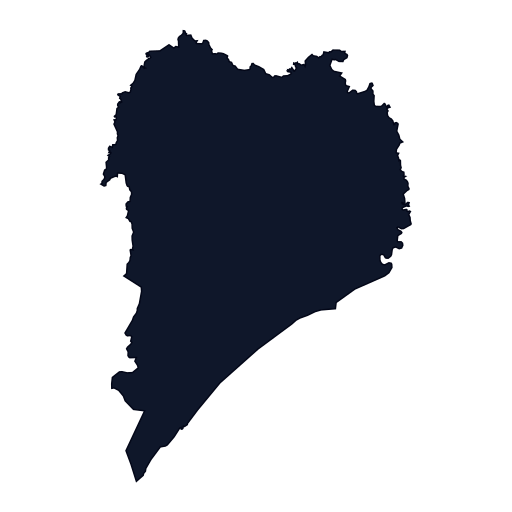 the district of Dat Do, Bà Rịa - Vũng Tàu, Vietnam
{"feature_id": "81297802B14105634475822", "entity_name": "Dat Do", "entity_type": "district", "adm_level": 2, "iso_a3": "VNM", "parent_name": "Vietnam", "parent_adm1": "Bà Rịa - Vũng Tàu", "projection": "orthographic", "projection_center": [107.299, 10.478], "detail": "fine", "context": "isolated", "style": "filled", "palette": "ink", "viewbox_px": 512, "rotation_deg": 0, "n_neighbors": 0, "source": "geoboundaries", "source_scale": "gbopen_adm2", "svg_char_len": 5931}
<svg xmlns="http://www.w3.org/2000/svg" viewBox="0 0 512 512"><path d="M100.9,184.1L104.1,186.0L105.8,185.5L106.1,182.4L109.7,179.8L110.4,178.3L114.5,176.5L116.2,176.1L117.3,176.6L117.5,173.3L118.0,173.0L122.2,173.3L125.2,174.8L126.2,182.9L127.1,185.6L127.7,186.3L129.2,186.7L129.8,189.8L131.5,191.8L131.6,194.4L130.3,197.4L130.1,201.4L127.9,201.9L126.1,204.0L126.2,206.1L127.3,206.6L126.4,208.1L126.6,209.3L128.3,210.4L128.5,211.0L127.4,215.8L126.2,217.6L128.4,218.6L130.0,221.4L131.2,221.6L132.1,224.2L132.2,228.3L133.7,232.1L132.1,236.0L132.2,240.2L133.1,246.2L132.5,248.7L133.0,249.9L130.5,249.6L130.2,250.1L131.1,255.6L130.3,257.4L130.0,260.5L128.9,262.5L127.2,264.2L126.6,273.6L123.9,276.0L141.3,287.1L141.6,291.4L139.4,303.7L137.3,308.5L137.3,310.5L136.4,313.2L133.6,316.9L132.4,320.4L125.0,333.0L126.2,335.1L127.4,335.8L130.4,335.5L131.8,336.7L130.7,341.2L131.9,342.3L130.8,344.2L127.5,347.2L126.6,348.8L128.2,351.8L128.0,355.6L128.8,357.0L129.8,357.7L136.4,357.5L134.9,361.2L137.5,365.2L138.3,367.8L132.5,372.6L127.2,372.9L121.9,371.7L119.4,371.9L112.4,377.4L111.7,383.8L111.8,388.3L114.1,387.9L118.7,390.3L123.4,396.0L125.2,400.8L133.5,409.4L144.7,410.8L126.0,450.7L131.0,464.1L136.4,481.3L143.2,475.3L143.6,473.4L145.4,471.2L145.8,468.4L151.0,459.4L160.3,446.9L165.4,446.0L167.3,444.9L174.1,436.8L179.6,428.2L181.1,427.5L181.1,429.0L181.9,429.2L182.8,428.5L183.4,426.1L184.5,426.5L187.3,424.6L187.4,423.5L197.6,409.9L220.0,382.8L258.0,349.0L292.0,323.8L296.0,320.2L300.0,318.0L307.5,315.3L315.1,311.6L321.0,309.9L335.4,308.7L336.1,302.5L354.9,289.0L384.8,275.8L388.9,272.7L391.9,267.5L391.7,264.2L391.1,263.2L388.9,262.8L384.8,264.9L382.5,264.4L380.7,262.3L379.9,260.0L379.8,255.8L380.8,254.5L382.5,254.4L383.8,254.9L385.3,257.6L386.1,258.1L388.2,258.2L390.7,256.2L391.5,254.6L392.2,249.4L393.2,247.7L395.8,247.0L399.2,248.7L401.6,248.0L402.8,245.3L402.5,243.2L401.1,241.8L397.7,241.8L397.2,240.5L397.8,235.6L401.4,233.4L401.8,232.4L400.8,231.2L397.9,229.7L396.9,227.7L398.1,226.9L401.4,228.7L403.5,228.6L410.8,224.5L411.1,223.8L410.2,220.6L410.0,217.4L408.7,214.6L410.4,211.5L409.5,211.0L407.7,211.6L407.1,211.2L406.8,209.6L406.3,209.4L403.3,210.0L402.1,209.4L402.2,207.9L403.8,207.0L406.5,205.9L408.3,206.4L409.2,206.2L408.5,204.7L409.1,202.7L407.8,202.4L405.4,204.4L403.9,204.6L402.5,204.1L401.6,202.9L401.9,202.4L404.1,203.2L404.9,202.7L404.6,198.5L403.2,194.1L407.0,190.5L408.8,189.5L409.0,188.7L407.8,186.2L408.0,183.4L407.6,182.1L406.4,180.3L403.8,178.9L404.1,177.2L405.4,176.4L403.3,175.9L404.0,174.5L403.8,172.2L401.7,171.4L400.2,169.7L401.1,167.7L400.5,165.2L400.4,160.6L399.8,160.0L398.9,160.6L398.5,158.0L397.5,155.5L398.6,153.3L396.3,152.9L396.1,152.3L396.5,149.2L399.3,144.8L399.7,143.2L402.7,141.9L399.8,139.2L398.8,135.1L396.7,131.2L398.1,124.1L397.7,123.4L396.3,122.6L395.0,122.9L394.7,124.5L393.8,124.7L392.8,120.9L391.3,119.0L389.1,117.8L387.6,115.7L387.1,112.6L388.0,110.9L386.8,109.1L388.0,107.8L390.0,107.2L388.8,105.1L387.7,105.5L387.5,107.1L386.8,107.3L384.7,103.6L384.2,103.5L381.8,106.0L380.7,106.5L375.6,106.4L374.3,105.2L373.8,101.3L374.1,95.6L372.9,94.2L372.9,91.0L371.0,88.7L371.1,87.3L373.0,85.5L372.2,83.3L371.5,83.1L370.0,83.6L368.9,86.8L367.0,90.3L365.1,91.4L357.5,93.8L356.7,93.2L356.4,91.7L355.1,90.4L352.7,90.2L349.3,92.8L348.2,92.9L347.4,92.4L347.4,91.0L349.3,86.6L345.8,85.6L345.2,83.1L345.6,80.9L345.3,79.5L339.6,76.0L341.7,73.0L333.8,71.3L331.7,69.5L329.8,65.4L332.1,59.2L334.2,59.8L335.7,59.5L339.0,61.4L342.9,61.5L343.7,59.6L346.9,57.7L347.5,55.6L347.0,54.5L345.2,53.6L344.7,52.8L345.0,51.4L341.2,51.5L339.6,50.2L332.9,50.1L331.1,51.8L329.4,51.8L329.0,52.8L323.9,51.9L323.2,54.8L322.2,55.3L321.2,56.7L319.9,56.7L318.7,57.9L316.7,56.4L313.2,55.8L312.0,54.5L308.5,57.3L305.2,61.0L305.6,64.9L305.1,66.5L303.9,64.5L301.1,65.2L299.5,63.9L297.7,63.7L297.4,62.3L296.2,63.2L295.7,62.9L295.0,63.5L293.8,63.0L293.6,64.3L295.6,65.1L295.5,66.7L296.6,67.9L294.5,71.2L294.1,71.2L291.8,67.6L290.7,69.3L289.5,69.0L289.0,70.0L287.9,69.8L288.3,70.8L287.3,71.0L287.9,71.7L290.7,72.1L291.3,73.2L290.6,74.2L287.7,75.7L283.4,76.0L281.9,77.4L276.0,75.8L274.6,76.0L273.9,77.2L272.3,77.5L269.3,74.8L265.7,73.7L263.7,69.5L258.8,66.7L254.5,65.0L253.2,63.5L252.0,63.6L251.2,66.0L250.1,67.0L250.3,68.8L249.0,69.7L244.4,70.4L237.6,69.3L235.2,66.1L232.9,65.5L231.5,62.4L229.3,61.7L228.5,59.6L227.0,57.8L227.6,56.0L227.1,55.6L223.4,53.7L221.2,53.2L218.1,53.0L216.4,54.2L215.3,53.7L212.4,53.9L211.5,50.8L212.1,49.6L210.6,48.1L208.8,44.5L208.7,42.6L207.2,40.9L205.7,40.3L203.7,40.5L202.9,42.9L202.0,43.8L196.8,43.6L196.3,43.3L196.2,42.3L197.1,40.8L195.4,41.0L194.3,40.4L192.0,38.1L190.8,35.1L186.5,35.4L186.0,34.7L186.4,33.7L185.3,33.5L185.4,32.4L184.6,30.9L183.3,30.7L183.2,33.3L181.4,35.3L179.5,36.5L178.3,38.1L178.0,39.7L178.5,40.9L178.7,47.2L175.8,46.5L173.8,48.1L169.0,44.8L159.9,50.9L149.7,51.3L148.9,52.3L146.4,53.2L146.0,53.8L146.4,54.5L148.2,54.1L148.4,54.7L146.6,56.2L146.8,56.8L147.9,57.0L149.5,55.2L150.8,57.3L149.9,58.3L148.4,58.7L147.8,59.7L146.7,60.1L144.8,62.0L143.9,66.9L145.5,68.0L144.2,68.4L142.0,65.9L141.4,65.8L140.9,66.4L139.7,69.3L136.2,74.4L134.9,80.4L133.1,83.3L130.7,85.3L131.9,86.1L131.9,86.7L130.8,88.0L131.0,89.4L130.2,92.3L128.6,92.7L125.2,91.8L122.3,92.9L122.1,93.8L118.5,93.9L117.8,94.3L118.1,95.1L120.3,96.4L119.7,98.3L120.7,99.0L121.7,102.1L120.1,102.8L120.0,101.8L119.4,101.8L117.7,104.1L117.7,105.5L118.7,107.2L117.0,108.5L116.2,114.7L114.4,116.3L114.7,116.9L116.0,116.9L116.4,117.9L116.1,119.7L114.1,119.9L115.0,121.9L114.0,124.1L117.5,131.8L117.4,133.8L118.1,135.8L117.3,137.7L117.6,140.5L116.3,142.6L115.8,144.6L112.7,144.8L112.4,147.4L109.7,146.3L108.5,148.2L108.5,149.9L109.7,150.7L108.9,152.5L110.6,152.3L110.9,152.8L110.4,153.8L108.0,155.4L109.4,156.6L108.6,157.8L108.7,159.9L106.1,162.3L106.6,167.6L106.1,169.5L104.7,170.0L103.4,174.1L104.7,176.3L104.8,177.5L104.0,179.4L102.1,181.3L101.9,183.5L100.9,184.1Z" fill="#0f172a" stroke="#020617" stroke-width="1.5"/></svg>